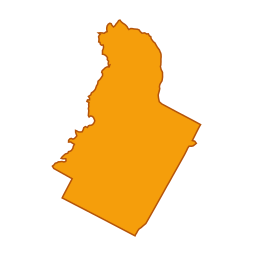 the district of Deodápolis, Mato Grosso do Sul, Brazil, rotated 5°
{"feature_id": "56859067B9873916097455", "entity_name": "Deodápolis", "entity_type": "district", "adm_level": 2, "iso_a3": "BRA", "parent_name": "Brazil", "parent_adm1": "Mato Grosso do Sul", "projection": "orthographic", "projection_center": [-54.181, -22.14], "detail": "fine", "context": "isolated", "style": "filled", "palette": "amber", "viewbox_px": 256, "rotation_deg": 5, "n_neighbors": 0, "source": "geoboundaries", "source_scale": "gbopen_adm2", "svg_char_len": 2636}
<svg xmlns="http://www.w3.org/2000/svg" viewBox="0 0 256 256"><g transform="rotate(5 128 128)"><path d="M140.0,32.4L138.4,32.7L136.4,31.8L133.7,32.3L131.9,31.0L130.5,29.3L128.8,28.8L127.3,28.8L125.2,28.8L123.5,28.6L121.9,28.7L120.3,29.8L119.3,28.8L118.3,27.2L116.8,25.8L115.5,24.9L114.1,24.2L112.7,23.3L111.6,22.4L110.6,21.2L109.3,21.8L108.4,23.6L107.0,25.5L106.2,27.2L104.7,28.6L103.1,27.2L102.2,25.6L100.8,25.2L99.3,26.3L98.3,28.2L98.1,30.4L98.3,32.0L98.8,33.8L97.3,34.5L96.0,35.7L94.0,35.5L92.0,35.6L90.3,35.9L92.1,37.1L91.2,38.3L90.7,39.7L91.3,41.5L91.4,43.1L91.3,44.8L92.6,45.2L93.2,47.0L94.4,47.8L96.0,47.5L96.6,49.4L96.4,51.5L95.8,53.0L96.0,55.0L96.1,56.7L97.8,56.9L99.6,57.8L101.4,59.6L101.4,61.7L102.8,63.1L102.6,65.4L103.1,67.4L104.4,66.8L103.9,68.8L101.9,68.9L100.1,70.0L98.7,71.6L97.3,73.1L96.9,74.8L97.9,76.0L98.1,78.1L97.3,79.6L95.9,82.0L94.1,84.0L94.0,85.7L93.8,87.2L93.0,88.6L92.5,90.6L92.0,92.4L91.2,93.6L89.9,95.1L88.5,96.2L88.0,98.3L85.8,100.0L87.1,101.5L87.2,103.3L85.2,103.5L84.7,105.1L86.9,106.0L86.7,108.1L87.1,109.9L86.8,112.2L87.4,114.0L87.4,115.5L87.4,117.4L87.4,119.1L88.3,120.4L89.4,119.3L91.0,119.4L92.6,120.4L93.5,122.0L94.3,123.7L93.8,125.6L92.5,127.6L91.1,128.5L89.5,128.7L88.4,129.3L87.5,131.0L85.4,130.3L83.9,131.6L83.5,133.7L82.6,135.8L81.2,136.1L79.1,136.2L77.3,135.4L76.0,135.0L76.2,136.9L77.0,138.7L77.7,140.3L76.6,141.9L75.3,143.3L74.0,143.9L72.5,143.3L71.2,143.7L69.9,145.4L70.0,147.2L72.2,146.9L73.7,147.8L76.0,148.9L75.1,151.0L74.8,153.1L73.6,155.3L72.2,156.3L70.8,156.7L70.2,158.4L67.9,159.3L66.6,160.6L64.9,162.5L64.0,164.0L65.9,164.4L68.7,164.0L69.2,166.1L68.2,167.1L66.9,167.4L65.1,167.1L63.0,167.6L61.5,167.8L60.3,168.8L58.6,169.4L57.4,171.3L56.0,172.6L57.6,174.8L76.8,183.4L69.7,200.3L68.5,203.4L94.8,214.2L110.1,220.5L144.4,234.8L144.9,233.3L145.6,232.1L146.7,229.4L147.9,227.5L149.7,226.1L151.4,224.3L152.7,223.0L154.1,221.6L158.4,212.2L162.8,202.5L166.4,194.5L167.1,193.0L171.8,182.4L172.9,180.1L174.0,177.7L176.3,172.5L180.7,162.8L185.1,153.0L186.7,149.4L188.4,145.2L189.2,142.9L190.4,140.8L193.0,140.6L194.5,140.1L195.9,138.8L197.4,137.3L195.6,135.3L193.2,134.9L197.3,124.5L198.9,120.6L200.0,118.3L191.5,114.6L175.7,108.0L159.6,101.1L156.9,99.1L156.2,96.9L155.7,95.1L155.2,92.6L155.5,90.5L155.9,88.4L156.2,86.0L155.7,84.2L155.9,82.0L156.8,79.9L157.7,78.2L157.9,76.7L158.0,74.2L157.5,69.5L155.8,66.7L155.4,65.4L154.9,63.8L155.2,62.3L155.1,60.8L155.1,59.4L154.8,56.5L154.8,54.3L154.5,51.9L154.0,50.4L153.2,49.1L152.5,47.6L151.4,46.3L150.2,45.0L148.4,42.4L147.4,40.9L145.7,39.8L143.3,37.1L142.7,34.9L141.4,34.5L140.0,32.4Z" fill="#f59e0b" stroke="#b45309" stroke-width="1.5"/></g></svg>